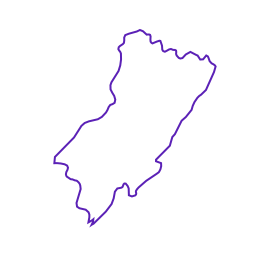 an SVG outline of Võru, rotated 120°
{"feature_id": "EST-2351", "entity_name": "Võru", "entity_type": "County", "adm_level": 1, "iso_a3": "EST", "parent_name": "Estonia", "parent_adm1": "", "projection": "robinson", "projection_center": [26.896, 57.737], "detail": "fine", "context": "isolated", "style": "outline", "palette": "violet", "viewbox_px": 256, "rotation_deg": 120, "n_neighbors": 0, "source": "natural_earth", "source_scale": "10m", "svg_char_len": 1969}
<svg xmlns="http://www.w3.org/2000/svg" viewBox="0 0 256 256"><g transform="rotate(120 128 128)"><path d="M48.9,176.8L45.8,174.3L40.0,168.6L37.2,166.7L36.7,163.4L37.8,158.5L37.1,157.6L36.4,156.3L36.3,155.5L37.3,154.3L40.4,152.7L41.9,151.6L42.5,150.3L42.5,149.1L38.8,146.3L36.7,144.4L36.4,143.5L39.7,139.7L43.0,137.5L43.8,136.0L43.5,134.2L41.5,132.9L39.4,131.7L38.1,130.3L37.8,128.0L36.9,126.3L36.9,125.1L38.1,124.2L39.8,123.4L40.9,122.1L41.9,119.1L41.7,117.5L40.2,115.8L35.4,114.7L30.9,112.0L30.6,105.0L30.4,104.0L32.6,99.7L31.0,97.3L26.1,96.5L26.1,94.6L27.3,93.0L29.3,90.7L30.2,87.9L30.1,85.9L30.3,84.1L30.9,82.9L36.6,81.5L56.1,79.5L62.7,81.4L64.5,82.3L67.1,83.0L72.2,83.4L76.5,83.0L80.5,82.0L89.6,83.4L94.9,85.2L109.9,84.3L113.6,85.1L117.7,84.1L122.4,82.9L141.4,87.9L142.8,87.1L141.9,81.8L144.4,80.2L147.5,79.3L149.3,79.2L150.9,79.2L153.6,80.4L164.6,85.8L174.2,89.1L176.8,89.6L178.6,89.6L179.6,89.1L180.3,88.3L181.5,87.8L182.7,88.0L185.3,90.4L185.8,93.6L180.0,97.2L178.4,99.3L177.3,102.2L177.9,103.4L179.1,103.7L180.6,103.4L182.0,103.3L183.1,104.0L185.7,107.0L189.7,107.5L196.2,105.2L202.1,104.2L211.5,105.4L228.1,110.0L229.7,111.0L229.9,111.1L226.7,111.4L224.4,112.4L225.8,112.9L229.5,115.1L224.7,116.8L222.4,118.1L220.7,120.0L219.9,123.8L221.8,130.0L221.6,132.8L218.7,135.1L204.5,138.5L201.8,140.5L200.6,141.8L199.8,143.5L199.3,145.7L199.5,146.8L199.9,147.7L200.3,150.6L200.7,151.3L201.0,152.1L200.7,156.7L200.2,157.6L199.0,158.7L196.9,159.4L194.5,159.5L192.4,160.1L191.0,161.9L191.1,164.7L192.3,168.4L193.9,171.9L195.3,174.2L189.6,176.8L163.2,170.0L149.4,169.4L145.3,168.0L141.8,165.2L135.5,158.5L131.5,156.2L125.6,154.8L122.6,154.8L119.6,155.2L116.9,154.9L115.0,153.3L112.9,152.2L109.8,153.2L107.1,156.0L105.3,159.3L103.3,162.4L99.7,164.6L96.7,165.2L83.4,164.7L77.7,166.0L72.1,168.3L67.0,171.4L65.9,172.9L65.3,174.5L64.5,175.8L62.7,176.4L61.1,176.0L57.9,174.4L56.3,174.1L53.9,175.1L51.6,176.5L48.9,176.8Z" fill="none" stroke="#5b21b6" stroke-width="2"/></g></svg>